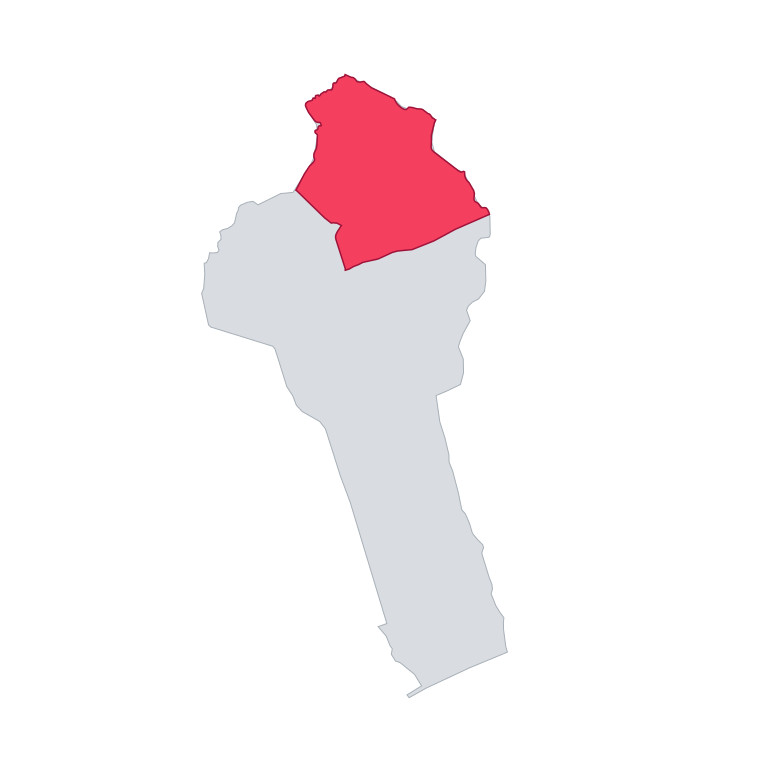 Alibori on a map of Benin (orthographic projection), rotated 343°
{"feature_id": "BEN-2170", "entity_name": "Alibori", "entity_type": "Department", "adm_level": 1, "iso_a3": "BEN", "parent_name": "Benin", "parent_adm1": "", "projection": "orthographic", "projection_center": [2.909, 11.459], "detail": "fine", "context": "in_parent", "style": "filled", "palette": "rose", "viewbox_px": 768, "rotation_deg": 343, "n_neighbors": 0, "source": "natural_earth", "source_scale": "10m", "svg_char_len": 4288}
<svg xmlns="http://www.w3.org/2000/svg" viewBox="0 0 768 768"><g transform="rotate(343 384 384)"><path d="M316.3,691.3L315.1,688.0L331.7,683.7L328.3,670.6L318.0,655.2L314.0,652.3L312.0,644.6L314.5,639.6L313.3,636.2L312.4,625.8L307.4,614.3L316.7,613.9L316.8,577.0L316.9,541.5L317.0,511.3L317.1,487.3L315.4,458.7L315.2,437.6L314.9,409.8L311.6,401.1L297.7,386.4L294.0,378.7L293.3,368.6L290.3,358.2L290.2,340.0L290.0,318.8L288.8,315.5L273.8,305.3L252.5,290.8L236.3,279.8L235.1,279.0L233.5,276.3L236.1,244.1L239.5,239.9L244.7,226.7L247.3,216.0L249.7,216.0L253.0,212.6L255.6,207.5L258.4,208.6L263.2,209.6L265.4,207.8L265.1,203.9L266.7,199.9L270.4,198.1L271.4,194.5L271.4,190.4L274.7,189.3L280.1,189.5L284.6,188.3L288.2,186.2L292.9,177.9L295.5,175.0L296.3,172.9L299.0,171.1L306.3,170.3L312.1,171.0L315.9,175.8L341.0,171.7L353.0,174.2L377.5,153.3L383.0,147.1L390.4,132.3L393.0,126.6L395.3,116.4L390.5,97.6L390.8,94.3L400.9,90.2L413.4,87.1L418.3,86.8L421.5,85.3L426.1,81.2L433.6,78.2L437.9,79.2L440.6,79.8L467.1,104.6L478.6,117.2L481.7,123.6L487.6,128.3L496.4,131.1L504.3,137.5L510.6,146.6L506.5,153.0L500.4,166.2L500.1,176.6L514.9,198.3L516.7,200.5L520.5,203.9L522.5,208.0L524.3,218.7L525.4,230.8L526.6,238.9L533.7,250.3L534.2,254.9L529.3,272.0L528.1,273.9L526.8,274.4L519.2,272.9L515.9,274.8L511.7,280.6L509.2,286.4L509.1,288.8L515.9,299.5L511.6,315.0L507.2,324.7L499.3,330.3L492.3,331.6L487.4,334.2L484.5,337.6L484.9,348.7L474.5,358.8L468.8,365.9L466.0,370.2L467.1,383.2L463.4,396.4L457.0,406.8L442.6,409.0L430.4,410.3L426.3,436.7L426.5,453.5L425.4,470.6L423.4,477.6L424.2,487.4L423.3,509.6L421.6,527.1L423.8,531.8L425.0,542.1L424.9,552.7L428.0,560.1L431.4,566.5L431.3,569.9L429.5,571.9L428.0,574.7L428.0,599.7L428.6,607.2L427.7,611.9L425.1,615.9L426.1,628.5L428.2,636.6L430.3,642.5L428.3,647.5L426.5,654.0L423.7,670.7L423.6,676.5L382.1,680.5L335.7,687.1L316.3,691.3Z" fill="#d9dde1" stroke="#a8b0b8" stroke-width="1"/><path d="M510.7,146.6L508.5,148.9L501.8,160.5L500.6,165.0L500.0,166.5L498.1,171.9L498.3,174.2L499.7,176.9L517.3,201.6L519.6,203.9L520.4,204.0L521.4,203.9L521.5,203.9L522.3,203.9L523.1,204.7L522.1,208.6L522.1,210.7L522.5,212.7L523.2,214.5L524.2,216.2L524.2,216.3L526.3,225.1L526.2,228.1L524.1,233.3L524.0,235.0L524.5,236.2L525.2,237.0L526.1,237.8L526.8,238.6L527.3,239.7L528.3,243.0L529.2,244.1L530.4,244.4L531.8,244.7L533.1,245.4L534.0,247.3L534.5,250.2L534.5,252.6L497.4,256.9L473.8,261.7L450.2,263.7L435.9,260.8L430.5,260.6L414.8,262.7L399.4,261.5L394.4,262.4L389.4,262.7L384.3,263.9L379.6,263.9L380.7,263.3L380.3,231.6L380.5,230.0L380.8,228.8L381.8,227.0L383.8,224.8L389.6,219.9L386.4,216.8L385.3,216.0L385.0,215.9L384.6,215.9L384.1,215.7L383.6,215.4L382.7,215.0L381.5,214.8L380.6,214.7L375.8,207.8L356.9,173.4L356.4,172.9L369.3,159.8L376.4,153.9L381.7,151.0L383.0,149.7L383.4,148.7L383.3,147.6L383.4,145.9L384.4,143.1L388.2,138.9L389.5,136.3L393.1,126.7L392.9,125.6L391.8,123.9L391.6,122.8L392.2,121.5L393.0,121.3L393.9,121.5L394.8,121.2L395.4,120.5L396.2,119.0L396.9,118.3L397.8,118.2L398.9,118.6L399.6,118.5L399.6,116.8L399.4,115.5L398.8,115.0L397.9,114.8L396.8,114.3L395.8,113.5L395.1,112.7L394.6,111.7L391.3,102.4L390.4,96.8L390.3,94.6L391.2,92.8L393.5,91.7L394.9,91.6L397.1,91.7L398.4,91.6L398.6,91.3L399.4,90.2L399.9,89.8L400.6,90.0L401.2,90.6L401.7,90.7L402.2,89.7L402.7,88.5L403.4,88.2L404.3,88.3L405.4,88.4L405.7,88.6L405.8,89.1L406.1,89.6L406.9,89.5L407.4,89.2L408.3,88.3L408.8,88.1L412.2,87.1L412.6,87.2L413.4,87.7L413.9,87.7L414.5,87.4L415.7,86.6L416.4,86.4L419.8,87.4L420.7,86.9L422.0,84.7L422.4,83.9L422.5,83.1L422.8,82.4L423.3,81.8L424.4,81.4L425.4,82.1L426.4,81.9L427.3,81.1L428.9,79.3L430.0,78.6L430.9,78.4L432.9,78.4L433.9,78.2L436.2,78.2L437.3,76.7L442.0,80.9L444.0,81.9L445.0,83.0L445.7,84.2L446.3,86.4L447.1,87.3L448.2,87.8L449.4,88.3L452.6,88.6L453.4,88.9L453.8,89.4L454.7,91.3L458.7,97.1L475.4,112.5L475.7,113.0L477.1,114.0L477.4,114.5L477.6,116.6L478.1,118.9L478.8,120.7L481.0,124.5L482.4,126.1L483.3,126.9L484.5,127.7L485.8,128.0L487.1,127.4L488.5,126.6L489.6,126.8L490.7,127.4L491.8,127.8L496.1,130.5L499.7,131.8L500.8,132.5L501.6,133.3L504.9,138.0L505.5,138.5L506.1,138.9L506.5,139.3L506.9,140.1L507.4,141.6L507.7,142.4L507.9,143.3L508.3,144.0L509.1,144.5L510.0,146.1L510.7,146.6Z" fill="#f43f5e" stroke="#9f1239" stroke-width="1.5"/></g></svg>